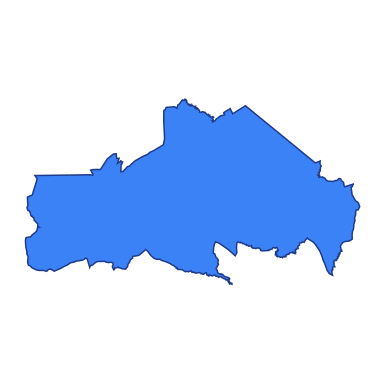 the district of Tamale Metropolitan, Northern, Ghana, rotated 359°
{"feature_id": "2480657B1027184338147", "entity_name": "Tamale Metropolitan", "entity_type": "district", "adm_level": 2, "iso_a3": "GHA", "parent_name": "Ghana", "parent_adm1": "Northern", "projection": "natural_earth1", "projection_center": [-0.697, 9.383], "detail": "fine", "context": "isolated", "style": "filled", "palette": "blue", "viewbox_px": 384, "rotation_deg": 359, "n_neighbors": 0, "source": "geoboundaries", "source_scale": "gbopen_adm2", "svg_char_len": 6099}
<svg xmlns="http://www.w3.org/2000/svg" viewBox="0 0 384 384"><g transform="rotate(359 192 192)"><path d="M320.7,163.2L317.4,164.6L315.4,164.8L246.9,106.7L234.1,114.5L231.6,109.3L225.1,113.2L225.9,115.4L221.9,116.4L220.6,117.1L219.4,118.4L217.5,119.4L216.3,121.3L214.3,122.1L214.7,121.5L213.7,121.0L214.7,120.8L214.3,120.0L214.0,120.1L213.9,118.6L214.9,117.6L214.1,117.0L212.4,117.5L211.2,116.8L210.9,117.0L210.5,116.7L211.2,116.1L211.1,115.6L210.5,115.9L209.5,114.6L209.0,115.1L208.4,115.0L206.4,112.5L205.7,112.9L204.7,112.0L203.5,111.9L203.1,112.5L201.0,112.2L200.7,110.3L199.4,109.6L199.4,108.7L198.7,108.4L198.3,108.7L198.5,108.1L198.3,107.9L196.6,108.2L197.0,106.5L196.6,106.7L196.6,106.4L195.9,106.4L195.9,106.9L195.5,106.9L195.2,106.3L193.7,105.8L193.3,104.7L192.8,105.7L191.9,105.8L191.3,105.4L191.9,105.1L191.5,104.4L189.6,104.3L189.4,103.4L187.8,101.8L188.4,100.9L187.7,99.9L187.6,100.1L187.0,99.7L186.9,99.3L186.4,99.1L186.0,99.5L186.1,100.0L185.3,100.4L184.0,99.8L180.8,103.9L179.4,104.7L178.3,108.0L176.1,106.5L167.7,106.9L166.5,109.5L165.3,109.9L165.0,119.7L165.5,138.2L164.2,144.3L153.0,150.7L150.9,151.3L148.6,153.4L142.6,156.0L135.7,159.8L131.3,163.6L130.3,164.8L127.8,165.7L123.4,170.3L121.2,170.4L121.6,163.5L122.6,162.4L123.1,160.8L121.9,160.8L122.0,160.1L121.3,159.6L120.0,160.9L117.9,162.1L119.7,157.0L117.2,157.1L116.9,152.4L114.0,152.7L107.9,157.4L100.9,167.9L93.3,167.8L91.0,168.4L93.4,172.6L92.9,173.6L90.9,173.0L35.2,172.8L37.5,176.1L32.2,192.3L27.4,194.2L27.4,198.3L27.8,202.2L26.7,204.9L27.6,207.6L28.6,207.7L29.9,209.5L30.3,212.2L31.3,213.6L31.9,213.5L32.2,214.2L33.7,215.8L33.7,217.5L37.2,221.2L37.1,224.0L38.5,224.6L37.2,224.9L36.7,225.7L36.5,227.5L35.1,229.3L31.4,232.1L29.9,234.0L25.8,234.6L25.1,235.1L24.6,238.0L24.9,243.9L25.9,249.1L25.8,251.0L27.1,254.0L26.6,257.0L26.5,260.0L27.2,262.3L29.0,263.1L30.8,265.1L35.4,267.3L38.2,267.8L42.0,267.8L45.3,268.8L47.1,266.9L49.6,266.6L52.8,268.8L59.8,265.9L61.9,264.6L65.8,262.9L69.6,260.6L72.7,260.1L75.9,258.7L77.3,258.9L81.3,258.2L82.6,257.7L84.3,256.3L85.9,256.9L86.1,257.3L88.4,265.6L89.2,263.8L91.5,263.2L93.2,261.6L95.9,259.9L103.7,259.8L104.5,260.6L106.0,260.7L107.4,261.2L109.0,260.8L110.7,261.1L111.8,261.7L111.9,263.4L111.0,265.1L112.3,268.4L113.1,268.1L113.5,266.6L115.0,266.5L116.9,265.8L117.7,266.6L119.1,266.7L120.5,267.5L124.3,267.9L126.3,265.5L126.7,263.3L128.5,260.7L129.2,258.8L131.4,257.1L131.5,255.7L131.9,255.2L135.8,254.8L138.2,254.1L144.8,248.7L147.1,251.0L149.4,254.4L152.8,257.6L155.3,258.6L159.2,258.8L160.0,259.7L165.0,261.4L168.5,263.0L171.7,265.0L172.4,265.1L173.6,266.4L174.4,266.6L174.8,267.8L175.5,267.3L176.0,267.9L176.0,268.7L176.5,269.1L180.7,269.5L183.9,271.6L185.3,271.3L187.4,271.7L189.3,270.7L190.6,272.3L191.3,272.0L192.1,272.5L192.5,272.2L193.4,272.6L193.9,273.2L197.7,272.7L199.4,273.4L199.7,274.0L200.5,274.0L201.5,274.5L202.3,274.4L202.6,273.8L203.4,273.4L204.9,273.1L205.4,275.1L206.0,275.7L207.4,275.3L207.1,276.0L207.4,276.3L208.4,275.7L209.5,275.6L210.3,276.2L211.0,276.2L213.2,275.3L214.1,276.5L216.1,276.8L217.3,277.7L219.3,277.0L220.5,278.1L222.1,279.1L223.3,279.3L224.1,280.4L225.3,280.6L226.0,280.2L226.4,281.3L226.4,282.1L227.7,283.5L227.9,284.7L229.5,284.2L230.3,284.9L230.5,284.6L230.3,284.1L228.3,283.1L227.0,281.1L227.1,280.5L227.7,280.6L227.9,280.2L228.1,279.2L227.8,278.8L226.0,277.8L224.6,277.7L222.3,276.3L221.2,274.9L220.5,275.0L220.3,274.5L217.7,274.3L216.4,273.2L215.7,270.6L214.8,269.2L215.3,267.7L215.7,267.5L215.9,266.7L217.2,264.9L216.6,263.0L217.0,261.3L216.9,260.2L216.6,259.4L214.9,257.8L213.6,254.2L212.2,253.4L212.7,247.8L213.6,244.4L214.6,242.2L217.8,243.4L226.9,249.9L234.1,256.5L235.8,253.3L235.5,249.0L235.8,244.7L236.4,242.9L237.9,242.9L238.9,243.6L239.5,243.6L239.7,243.2L240.6,243.4L241.9,244.6L242.8,244.5L244.6,245.6L245.3,245.4L245.8,246.4L247.0,246.3L247.9,247.2L250.6,246.6L250.8,247.0L250.4,248.1L251.8,249.2L254.0,249.3L254.7,249.7L256.4,249.1L258.3,249.3L259.3,250.3L259.6,251.6L260.8,252.0L266.6,251.9L267.4,251.4L268.0,251.8L268.7,251.1L271.3,250.3L271.7,249.2L273.1,249.0L274.3,249.6L275.3,248.8L276.1,249.2L277.2,251.6L276.2,251.8L276.6,252.6L275.6,253.4L274.8,253.0L274.5,253.5L274.7,254.4L275.5,254.5L275.6,255.3L274.4,255.3L274.3,256.3L275.2,256.4L275.2,256.9L276.1,257.5L275.7,257.8L276.1,258.2L277.6,257.9L279.2,258.8L280.4,258.6L281.5,259.3L282.2,258.1L282.9,258.0L283.7,258.6L284.1,258.1L284.8,258.2L284.7,256.9L285.3,256.4L285.9,256.5L287.3,255.4L287.8,255.9L289.0,254.4L290.6,254.2L291.5,254.6L291.4,253.9L291.7,253.6L293.0,254.6L293.3,255.3L294.4,255.4L294.3,254.4L294.8,253.9L294.1,253.0L294.4,251.5L295.4,251.3L295.4,250.3L297.1,250.4L296.9,247.9L298.5,247.1L298.7,245.1L299.2,244.5L300.5,244.8L301.9,243.7L303.2,244.3L304.2,242.6L306.4,240.0L307.0,240.8L311.8,243.8L313.6,245.4L317.3,250.9L318.9,253.7L321.1,259.4L321.6,261.7L323.5,266.1L325.7,272.7L327.9,276.0L331.0,277.7L330.4,274.4L330.6,273.4L330.3,273.1L330.6,272.5L331.0,272.7L331.4,272.2L331.3,270.7L331.5,269.4L333.5,269.2L332.5,267.0L332.9,265.7L332.8,265.2L332.4,265.0L332.4,264.5L333.2,262.9L333.8,263.1L334.1,262.5L334.9,263.0L335.7,262.2L335.8,261.1L336.7,260.7L336.5,259.7L336.9,259.5L336.7,259.0L337.6,258.9L337.7,258.1L337.4,257.5L338.0,257.3L337.8,256.5L338.5,256.8L338.8,256.2L338.5,255.8L339.6,253.9L340.8,253.8L340.6,252.6L339.9,252.0L339.5,248.4L341.7,245.3L343.5,244.3L348.6,243.7L351.4,241.9L351.3,238.0L351.7,234.5L352.9,231.3L353.3,227.0L354.5,223.3L354.0,220.6L355.1,218.3L355.5,213.4L355.9,212.9L357.8,212.8L359.4,209.6L358.3,206.1L357.5,205.0L355.4,203.7L352.0,197.4L351.2,190.2L351.9,189.3L352.5,189.4L352.8,187.2L353.4,187.1L353.4,186.9L344.7,189.4L344.0,187.7L343.7,185.0L341.7,183.3L341.0,181.6L339.2,181.0L337.3,183.0L335.0,183.1L333.7,183.9L328.5,183.5L326.8,182.9L325.0,180.4L323.2,179.7L322.9,179.2L321.5,179.4L320.2,179.1L319.3,179.7L319.0,179.4L319.3,178.6L318.5,177.7L319.3,177.9L319.8,177.5L319.3,177.1L319.4,176.4L318.9,175.4L319.5,175.4L319.7,174.9L319.5,174.2L320.5,173.3L320.7,172.5L320.0,171.9L320.7,171.4L321.0,169.1L321.6,168.5L320.4,165.9L320.7,163.2Z" fill="#3b82f6" stroke="#1e3a8a" stroke-width="1.5"/></g></svg>